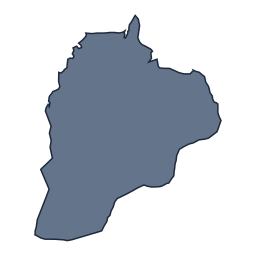 Pyrga Larnakas, Larnaca, Cyprus
{"feature_id": "46923920B28061870845147", "entity_name": "Pyrga Larnakas", "entity_type": "district", "adm_level": 2, "iso_a3": "CYP", "parent_name": "Cyprus", "parent_adm1": "Larnaca", "projection": "equal_earth", "projection_center": [33.443, 34.902], "detail": "fine", "context": "isolated", "style": "filled", "palette": "slate", "viewbox_px": 256, "rotation_deg": 0, "n_neighbors": 0, "source": "geoboundaries", "source_scale": "gbopen_adm2", "svg_char_len": 1962}
<svg xmlns="http://www.w3.org/2000/svg" viewBox="0 0 256 256"><path d="M135.2,15.4L135.1,15.5L131.4,22.1L129.5,24.6L128.9,27.8L128.9,30.7L127.8,31.2L127.8,33.3L126.9,35.1L125.5,37.9L124.2,37.7L124.4,36.2L124.9,34.4L124.0,33.5L125.0,30.7L122.9,32.2L119.1,33.0L114.6,32.5L109.6,32.5L106.6,32.9L102.0,33.1L96.6,33.1L92.2,33.6L85.8,33.1L86.4,35.3L84.9,37.6L82.0,40.5L78.6,43.2L81.0,45.2L81.6,47.5L78.6,48.6L76.7,46.2L73.1,47.8L73.8,50.6L72.3,53.8L74.0,56.2L72.8,58.4L70.0,58.1L67.8,59.3L67.4,62.7L66.9,67.9L64.3,69.6L63.8,70.8L62.1,72.2L60.4,73.1L58.8,72.4L58.6,81.3L59.9,86.7L58.4,89.1L55.9,90.4L52.8,91.6L51.8,93.4L49.4,96.3L49.0,98.6L48.6,101.2L50.0,102.9L49.2,106.6L48.1,104.4L46.2,107.7L45.4,111.0L51.1,126.1L49.4,133.1L51.2,140.6L50.1,147.4L52.4,158.2L40.7,169.4L49.1,189.2L46.7,195.6L37.3,219.7L36.2,227.5L35.2,230.6L35.1,234.7L35.0,234.8L37.9,236.3L40.5,237.8L44.2,239.0L46.1,239.2L50.8,239.2L56.1,239.3L58.7,239.5L64.1,239.9L67.1,240.6L67.3,240.6L72.0,239.7L100.9,231.1L101.7,230.8L104.2,225.8L106.8,221.5L107.7,217.4L109.9,215.5L111.0,211.2L113.2,206.9L114.8,201.7L117.3,198.5L122.5,196.0L128.5,193.0L137.8,187.8L143.9,185.0L147.5,186.2L151.0,186.9L155.5,186.9L160.0,186.6L162.4,185.8L165.0,184.4L167.3,183.2L168.7,183.1L171.4,179.0L173.8,175.8L174.2,171.0L174.7,167.9L175.0,164.3L176.2,160.1L176.4,157.6L176.7,155.6L179.4,149.3L183.7,146.7L188.5,144.2L193.8,142.7L199.1,139.8L204.5,139.2L208.6,138.1L213.4,134.5L217.0,131.7L218.3,128.3L219.5,124.7L221.0,120.5L218.9,116.1L217.8,112.3L217.9,108.8L217.8,104.0L216.5,102.9L214.1,102.0L212.7,99.2L212.3,96.0L210.0,92.7L209.3,89.3L208.5,86.5L205.7,82.0L204.5,76.5L204.2,76.5L199.4,72.4L195.6,71.3L193.4,70.2L193.5,70.4L190.0,73.9L184.1,73.9L179.1,72.7L174.7,70.7L169.5,68.4L163.2,68.3L159.6,67.9L158.3,66.4L157.0,59.2L148.8,62.1L151.5,58.2L150.8,52.9L152.5,51.3L150.7,49.1L146.2,46.6L141.7,44.4L139.6,42.0L137.8,37.8L139.6,25.7L138.3,19.2L135.2,15.4Z" fill="#64748b" stroke="#1e293b" stroke-width="1.5"/></svg>